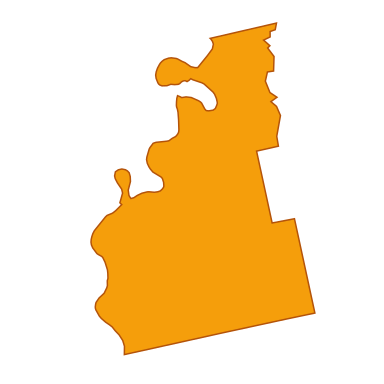 outline of Phillips, Arkansas, United States of America, rotated 167°
{"feature_id": "52423323B7472749595525", "entity_name": "Phillips", "entity_type": "district", "adm_level": 2, "iso_a3": "USA", "parent_name": "United States of America", "parent_adm1": "Arkansas", "projection": "equal_earth", "projection_center": [-90.79, 34.382], "detail": "fine", "context": "isolated", "style": "filled", "palette": "amber", "viewbox_px": 384, "rotation_deg": 167, "n_neighbors": 0, "source": "geoboundaries", "source_scale": "gbopen_adm2", "svg_char_len": 2392}
<svg xmlns="http://www.w3.org/2000/svg" viewBox="0 0 384 384"><g transform="rotate(167 192 192)"><path d="M294.5,48.8L195.7,47.9L129.4,47.0L99.5,46.4L98.2,142.9L120.9,143.8L119.9,217.3L97.5,217.2L96.9,227.2L88.6,246.6L90.4,256.4L94.8,262.3L87.9,265.2L93.7,271.4L95.6,283.5L91.5,292.0L85.3,291.5L81.6,305.6L85.9,315.3L83.2,317.0L88.1,323.9L81.0,325.5L79.8,330.8L74.4,331.4L71.7,337.6L139.7,337.6L139.3,337.0L138.2,334.2L137.9,331.3L140.0,326.8L146.7,321.1L158.5,311.9L161.1,312.5L165.0,314.4L169.7,319.6L172.3,321.5L176.0,324.8L177.4,325.7L182.0,327.4L184.7,327.7L189.3,327.2L191.7,326.1L193.6,324.9L194.9,323.7L197.7,320.5L199.8,317.2L201.1,314.1L201.4,310.8L200.7,306.1L200.2,304.7L199.2,303.4L197.4,302.2L192.5,301.2L188.4,301.7L184.7,300.5L181.2,300.0L179.7,300.3L177.4,301.7L175.3,302.2L173.6,302.0L172.0,300.7L169.9,301.4L167.7,302.7L166.0,301.2L157.7,296.1L155.9,294.5L149.0,284.6L148.0,282.2L147.2,277.8L147.2,273.9L147.5,272.4L148.7,270.5L150.5,268.1L153.0,267.0L157.5,267.3L159.7,268.1L160.2,268.7L160.9,270.1L162.6,276.4L163.4,277.7L164.9,279.3L171.4,284.2L176.4,286.0L180.7,286.3L182.3,287.6L184.4,289.1L185.7,286.7L186.8,283.4L187.7,280.0L187.9,278.3L187.6,276.1L187.7,272.8L188.9,265.0L190.8,255.4L191.6,253.3L192.6,252.0L194.2,250.6L195.6,249.7L199.0,248.8L203.1,247.1L205.4,247.2L215.9,248.5L218.9,248.2L223.0,244.7L224.1,243.4L228.1,236.2L229.0,233.8L229.1,230.0L228.3,226.2L227.4,223.7L225.6,220.2L218.9,213.7L218.1,212.4L217.8,211.5L217.5,207.8L218.1,204.1L218.6,203.1L220.2,201.6L222.6,200.2L225.2,199.9L228.7,200.2L233.9,201.9L235.7,202.2L241.0,202.1L246.0,201.0L250.0,199.5L253.0,199.4L253.6,200.9L254.2,202.8L253.7,208.2L249.6,216.1L248.7,221.0L248.9,224.9L250.2,227.1L251.9,228.7L255.2,230.2L258.8,230.2L262.1,228.9L263.2,226.4L263.8,225.1L263.8,222.3L262.6,217.6L262.4,217.1L259.9,210.6L259.9,206.5L264.7,197.7L263.3,195.5L270.5,191.0L273.2,189.7L274.5,189.2L280.0,188.3L281.9,187.2L295.8,176.3L298.0,173.7L299.7,170.9L300.9,168.4L301.7,165.8L301.9,163.1L301.3,159.8L298.5,153.4L297.3,152.1L294.5,149.6L293.7,148.3L292.5,143.1L291.9,135.2L292.3,131.8L292.9,128.8L293.3,126.8L294.5,124.6L295.5,119.8L296.6,117.8L300.4,113.1L306.3,109.7L310.3,106.0L311.1,104.5L312.1,101.8L312.3,100.3L312.2,98.8L310.2,91.9L308.8,89.2L305.3,84.4L302.3,81.2L300.1,78.5L298.1,74.2L295.2,69.3L292.9,62.9L292.5,56.9L294.5,48.8Z" fill="#f59e0b" stroke="#b45309" stroke-width="1.5"/></g></svg>